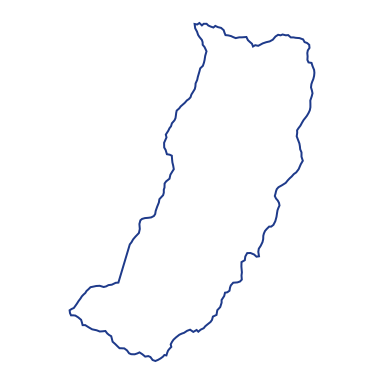 Presidente Venceslau, São Paulo, Brazil
{"feature_id": "56859067B64322742628488", "entity_name": "Presidente Venceslau", "entity_type": "district", "adm_level": 2, "iso_a3": "BRA", "parent_name": "Brazil", "parent_adm1": "São Paulo", "projection": "orthographic", "projection_center": [-51.844, -21.792], "detail": "fine", "context": "isolated", "style": "outline", "palette": "blue", "viewbox_px": 384, "rotation_deg": 0, "n_neighbors": 0, "source": "geoboundaries", "source_scale": "gbopen_adm2", "svg_char_len": 3774}
<svg xmlns="http://www.w3.org/2000/svg" viewBox="0 0 384 384"><path d="M75.4,315.6L78.1,317.3L81.1,319.8L81.9,322.4L82.6,325.1L85.2,325.1L88.5,327.2L92.1,329.3L96.7,330.3L99.8,331.5L102.6,331.3L105.4,331.0L107.2,333.4L109.1,335.0L111.2,336.2L111.8,338.5L112.6,341.7L115.2,344.0L117.5,346.3L119.5,348.2L122.1,348.3L124.3,348.4L127.0,350.4L129.1,353.3L131.2,354.2L134.7,354.3L137.4,353.4L139.5,352.4L142.4,354.3L145.2,356.6L148.3,356.1L150.4,357.0L152.6,360.0L155.3,361.0L158.0,359.9L160.6,358.4L162.9,356.7L164.4,355.0L166.4,355.4L167.1,353.1L168.0,350.7L169.3,349.0L171.3,346.9L170.7,344.4L172.0,341.9L173.5,339.7L176.1,337.3L179.4,334.7L181.8,333.6L184.1,332.8L187.1,330.8L190.1,329.7L193.3,331.9L196.6,330.0L198.3,331.7L200.6,329.7L203.7,328.2L205.2,326.3L207.1,324.7L210.5,322.0L212.0,319.9L212.9,316.6L216.5,314.9L217.3,310.2L220.2,307.1L221.6,302.7L221.6,300.0L224.2,296.0L225.0,292.7L227.3,292.3L229.5,290.7L230.0,287.7L230.8,285.4L233.2,282.7L237.4,282.4L240.0,281.5L241.8,279.6L241.5,275.5L241.9,272.4L241.4,266.7L241.5,262.1L244.8,260.2L245.3,256.5L247.2,253.1L250.5,253.0L254.1,254.5L256.5,256.7L259.0,256.3L258.3,251.8L258.8,248.7L260.7,245.8L262.5,242.1L263.2,239.1L263.3,235.8L263.9,233.5L265.0,231.0L266.6,229.1L269.1,226.6L271.2,226.6L273.4,224.9L275.3,221.2L276.5,216.8L277.0,213.4L277.5,210.3L278.4,207.9L279.5,205.5L279.0,202.9L277.8,200.6L276.0,198.5L274.8,196.0L275.5,193.6L276.0,191.3L276.8,189.1L278.5,187.2L281.9,185.3L285.7,182.9L287.8,180.3L289.8,178.2L291.7,176.5L293.8,174.1L296.2,172.4L298.7,169.1L300.8,164.2L302.8,160.8L301.5,156.7L301.5,152.4L300.2,149.3L299.9,146.3L299.4,143.5L298.2,140.3L296.7,136.3L297.2,132.8L297.1,130.3L298.4,128.3L300.4,125.7L301.9,122.9L303.6,120.0L305.3,117.9L306.9,115.8L308.6,112.9L309.8,110.3L310.4,107.3L310.4,103.6L310.3,100.5L311.7,96.4L312.5,93.3L311.9,90.4L311.0,87.4L311.4,84.1L312.3,81.5L313.3,79.1L314.1,75.9L314.4,72.8L314.1,69.9L312.6,66.3L311.5,62.9L308.5,62.4L307.4,59.9L307.6,56.4L307.3,53.1L307.8,50.4L309.5,47.9L309.2,44.8L307.1,43.0L304.6,42.1L303.1,39.4L299.5,38.1L295.6,37.8L293.5,37.4L290.8,37.4L288.2,35.1L285.8,35.3L282.6,34.5L280.6,35.3L278.1,34.8L275.5,36.5L272.8,39.7L269.7,41.4L266.2,42.2L262.7,43.4L260.5,44.6L258.2,45.8L255.2,45.2L253.0,46.5L252.0,43.8L249.7,41.8L247.9,40.1L246.4,37.0L242.3,37.3L239.4,37.3L235.7,38.1L233.2,37.1L231.1,36.1L228.3,35.4L225.5,35.1L224.6,33.0L223.7,30.2L221.1,27.9L217.8,27.1L215.3,25.9L213.4,27.5L210.5,26.5L208.3,25.5L206.6,23.8L203.7,23.8L201.9,25.4L199.4,23.0L197.2,24.5L194.6,24.0L195.2,28.3L197.0,31.6L198.1,34.9L199.4,36.9L201.9,40.0L202.6,42.2L202.7,44.8L204.5,47.0L205.6,49.3L206.5,51.3L205.2,55.9L204.6,59.8L204.0,62.5L202.9,65.8L200.2,68.4L199.5,71.2L198.6,74.3L197.8,77.0L197.2,79.9L195.6,83.4L195.4,86.4L194.8,89.0L192.8,92.3L191.4,94.5L190.5,97.3L188.8,99.1L186.9,100.4L184.8,102.8L180.7,106.4L179.2,108.4L176.7,110.6L176.2,112.9L175.9,115.4L175.5,118.1L174.5,120.3L171.9,123.3L171.0,126.3L169.5,128.2L168.2,130.9L165.8,134.6L166.5,137.4L164.1,142.8L164.2,147.5L165.6,149.9L166.9,154.2L169.7,154.7L171.8,155.7L172.1,159.6L172.4,162.4L173.2,165.7L173.8,169.2L172.1,171.9L170.4,174.7L169.5,178.7L166.1,181.4L164.6,183.5L164.5,187.5L163.8,189.7L163.8,192.7L163.1,195.2L161.6,196.8L159.4,199.2L158.9,202.4L157.1,206.9L155.7,210.9L155.2,214.0L153.9,216.0L151.2,217.4L148.3,217.8L144.9,218.1L142.1,218.9L140.4,220.3L139.4,224.0L139.8,229.0L138.9,233.0L135.3,236.8L133.1,239.4L131.4,242.4L129.8,244.4L118.4,282.6L115.7,282.8L111.8,284.7L108.5,285.1L106.1,286.4L103.7,287.0L99.7,285.8L96.2,286.0L93.4,286.6L90.5,287.2L88.4,289.3L86.5,291.0L85.3,293.0L83.6,294.5L81.8,296.4L80.5,298.5L78.6,301.0L76.9,303.7L75.2,306.1L73.8,308.0L71.6,309.0L69.6,310.3L70.0,313.1L71.0,315.3L73.2,315.3L75.4,315.6Z" fill="none" stroke="#1e3a8a" stroke-width="2"/></svg>